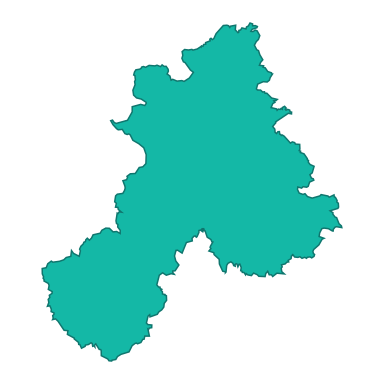 outline of Atenguillo, Jalisco, Mexico
{"feature_id": "50627088B60937444103657", "entity_name": "Atenguillo", "entity_type": "district", "adm_level": 2, "iso_a3": "MEX", "parent_name": "Mexico", "parent_adm1": "Jalisco", "projection": "albers", "projection_center": [-104.544, 20.339], "detail": "fine", "context": "isolated", "style": "filled", "palette": "teal", "viewbox_px": 384, "rotation_deg": 0, "n_neighbors": 0, "source": "geoboundaries", "source_scale": "gbopen_adm2", "svg_char_len": 5949}
<svg xmlns="http://www.w3.org/2000/svg" viewBox="0 0 384 384"><path d="M334.0,194.9L329.2,197.2L328.0,196.0L321.1,194.6L319.9,195.9L312.2,198.1L307.5,196.6L305.0,193.7L303.0,194.4L299.2,193.1L297.5,189.6L297.8,187.0L301.6,188.1L303.1,186.7L306.7,187.2L308.2,186.3L309.6,182.1L313.8,180.2L313.3,178.8L311.4,178.1L309.9,174.7L312.2,172.9L314.1,166.3L310.1,164.5L308.3,162.2L308.5,160.5L307.3,159.7L307.3,158.6L304.0,153.8L300.3,152.5L300.6,151.2L299.2,150.6L299.9,149.1L299.7,144.4L295.4,144.1L294.7,142.6L292.3,141.9L290.4,143.1L284.2,136.2L282.3,135.0L281.3,135.5L280.8,134.5L279.7,134.2L279.4,131.6L277.9,131.7L276.5,133.5L275.1,132.4L274.8,129.1L272.7,126.5L275.8,122.8L275.6,121.9L288.3,113.3L291.5,113.9L291.6,112.1L290.1,111.8L289.7,110.1L289.0,109.8L287.7,109.4L286.0,110.2L285.2,109.2L286.2,108.1L284.6,106.3L282.2,107.6L282.3,109.3L280.9,108.6L280.3,109.4L278.3,109.1L277.1,110.3L276.5,108.9L271.1,107.6L272.8,103.5L274.9,102.4L273.8,100.8L275.8,100.7L277.3,99.4L271.6,98.0L266.8,93.2L265.0,93.3L264.5,91.8L262.6,92.0L260.6,90.1L257.4,90.0L256.4,88.9L257.7,84.1L263.2,81.7L267.2,82.0L269.4,80.2L270.2,77.6L272.5,74.0L271.8,73.9L271.5,72.8L267.7,71.5L265.2,67.8L263.1,67.3L263.6,65.8L259.4,65.3L260.6,62.4L262.8,59.8L259.8,54.7L258.5,50.6L256.8,49.8L254.4,45.2L256.3,41.6L258.4,39.5L259.8,35.6L257.1,30.8L255.2,30.1L253.0,31.6L250.9,31.4L252.1,29.3L256.9,27.7L257.4,26.5L255.3,25.6L252.6,25.8L252.6,23.9L250.0,23.0L248.3,26.0L246.5,26.9L246.0,28.9L241.9,27.9L240.6,30.0L238.9,30.4L238.7,32.3L238.0,32.7L235.3,29.9L235.7,25.2L230.4,26.2L229.8,27.4L228.5,25.7L226.9,25.2L223.3,25.5L216.1,33.6L213.8,38.6L212.3,39.6L211.0,38.3L209.8,39.2L210.2,40.8L205.6,42.6L205.7,44.2L203.6,44.5L203.0,46.3L201.5,45.9L201.1,47.1L200.7,46.7L197.2,49.0L192.9,50.1L191.9,49.4L188.5,50.0L184.6,49.5L182.1,51.6L182.8,55.4L181.9,58.3L183.4,61.8L185.1,62.6L190.4,70.0L193.4,72.3L189.4,78.0L184.1,81.4L181.8,80.6L177.0,81.1L172.7,79.3L171.1,80.2L169.9,76.0L167.1,74.0L168.4,71.1L168.1,69.2L166.1,66.3L164.1,66.4L162.1,64.9L160.5,66.6L157.0,65.2L154.9,65.9L149.1,65.4L145.6,67.3L143.4,66.5L141.6,67.1L141.1,68.4L139.6,69.2L135.9,69.8L134.5,72.0L133.7,75.0L134.9,75.6L135.4,80.0L134.6,81.5L135.1,84.6L132.9,90.2L133.6,95.1L136.5,97.9L141.3,99.1L146.0,102.2L146.3,103.3L144.8,105.5L140.7,104.4L132.2,106.7L132.2,111.9L127.5,120.3L116.3,123.4L114.3,122.6L112.5,120.1L110.7,120.7L113.0,124.7L116.6,128.7L118.2,129.8L122.3,129.4L124.9,133.6L127.2,134.5L128.7,133.9L130.1,134.7L132.9,140.3L138.8,143.7L143.8,147.8L146.2,154.7L145.9,163.6L142.9,166.8L139.2,167.5L135.3,173.5L130.3,173.8L127.0,176.3L127.6,177.2L126.6,179.7L122.9,180.7L124.9,186.1L125.2,188.1L124.5,190.5L122.8,193.4L117.3,194.2L115.6,195.9L114.7,201.8L116.4,203.3L115.5,207.2L117.9,207.4L118.3,209.5L121.6,212.2L119.2,211.9L118.0,213.6L117.2,213.1L116.0,220.8L116.5,223.5L117.9,224.4L117.7,227.0L120.2,230.3L120.2,233.5L116.6,231.5L113.1,231.9L109.4,228.3L105.8,228.1L101.8,230.3L100.2,233.2L93.1,234.8L91.5,238.1L89.4,240.2L87.3,238.2L85.8,239.8L85.4,241.6L83.9,242.2L83.2,244.0L80.9,246.2L79.6,249.2L80.4,250.8L79.2,256.3L73.5,253.4L71.5,250.6L70.8,256.4L66.2,257.5L63.8,259.8L59.5,261.3L52.8,262.2L51.3,261.1L47.8,263.7L46.2,267.7L42.2,268.5L42.3,273.9L43.6,276.9L43.1,278.2L44.2,279.7L44.0,281.0L48.3,283.4L49.1,285.6L48.3,289.4L52.2,291.6L52.0,293.4L49.3,295.3L49.8,297.4L48.2,299.4L48.8,302.5L47.4,306.3L49.8,305.8L51.3,309.1L51.1,311.6L54.0,312.9L53.9,314.5L52.7,315.5L53.2,318.3L52.6,319.6L55.6,318.9L58.0,321.2L64.1,330.3L67.9,330.7L67.4,334.4L74.3,338.1L74.2,338.9L78.5,342.4L78.7,344.4L79.9,344.6L81.5,348.2L85.1,346.4L85.4,345.1L88.5,344.5L91.0,342.8L92.2,343.5L92.7,346.3L93.9,345.9L94.8,346.9L94.5,345.2L95.8,343.9L99.2,349.4L100.7,349.6L101.2,350.6L101.3,355.7L107.7,358.9L109.0,360.8L111.7,361.0L112.0,360.2L115.8,359.5L117.5,356.5L121.1,354.3L129.0,351.9L132.1,345.7L135.1,343.4L136.5,343.1L137.5,343.8L140.9,342.5L142.7,339.4L144.1,339.2L144.8,336.1L149.4,336.1L148.0,329.5L148.4,329.9L149.2,328.1L151.7,327.7L151.8,325.0L147.9,324.6L146.4,323.1L148.0,316.2L149.7,314.7L150.0,316.9L157.3,314.3L158.8,311.9L161.7,309.9L163.8,307.1L164.2,303.4L166.6,300.3L166.4,295.7L164.7,295.0L164.9,294.5L162.5,294.0L162.4,291.7L160.9,290.1L161.8,289.3L160.2,288.5L160.0,287.1L158.5,287.0L156.8,284.8L159.3,275.2L162.6,272.8L166.3,275.2L171.1,273.7L174.2,274.3L172.7,272.4L172.8,271.0L175.1,270.8L178.9,265.0L175.8,261.0L174.5,256.0L176.1,249.8L176.0,251.2L176.3,250.3L177.6,250.2L182.1,253.1L186.4,242.5L192.3,240.9L192.0,238.4L193.8,236.3L195.1,235.9L196.3,237.2L197.0,236.7L198.9,232.5L198.9,230.5L201.2,229.9L202.1,228.7L203.7,228.7L204.0,229.5L202.6,229.6L201.5,230.9L202.7,231.7L202.8,230.6L205.1,230.9L207.2,237.2L210.9,239.5L211.9,241.8L212.8,242.0L210.4,246.3L210.1,247.4L210.9,248.6L208.9,251.0L213.8,252.7L214.1,254.6L219.2,259.3L219.4,264.0L222.7,271.2L225.6,271.9L225.5,272.6L226.0,272.1L226.7,265.4L228.0,263.3L230.9,261.8L232.9,263.3L233.7,265.6L235.2,266.2L235.0,264.6L236.2,263.7L237.0,264.1L237.9,266.8L239.0,264.3L239.9,264.1L241.2,267.6L240.7,270.7L242.1,271.3L242.3,272.4L244.0,272.5L245.6,274.9L246.2,273.6L247.8,274.9L251.4,275.6L253.6,273.1L257.3,274.7L258.8,276.3L265.1,276.6L265.8,273.5L267.7,271.3L269.2,274.8L271.5,274.8L272.7,276.5L276.9,273.2L284.3,273.9L281.8,271.7L281.2,268.2L282.2,266.9L281.5,264.8L285.2,263.9L286.8,262.2L288.7,261.9L288.1,260.4L291.1,258.6L291.4,256.0L292.7,255.3L292.4,254.0L294.6,257.0L297.9,257.4L299.9,256.7L302.0,258.3L304.6,257.3L306.6,258.3L307.2,257.3L310.0,256.9L311.7,257.9L314.0,256.4L314.6,254.5L313.4,253.5L312.9,251.4L313.7,249.5L318.9,244.9L322.1,239.2L324.0,238.3L319.1,236.5L319.7,232.9L321.9,228.6L324.1,228.1L328.5,228.7L332.4,231.0L333.2,231.0L333.2,229.5L335.0,227.2L336.5,226.7L341.8,227.6L341.4,225.9L339.0,223.7L336.6,217.6L335.1,217.1L332.8,214.1L333.0,212.8L330.1,210.8L337.9,208.4L338.6,207.1L338.3,203.2L336.8,201.9L337.1,200.5L335.4,197.3L334.3,196.9L334.0,194.9Z" fill="#14b8a6" stroke="#0f766e" stroke-width="1.5"/></svg>